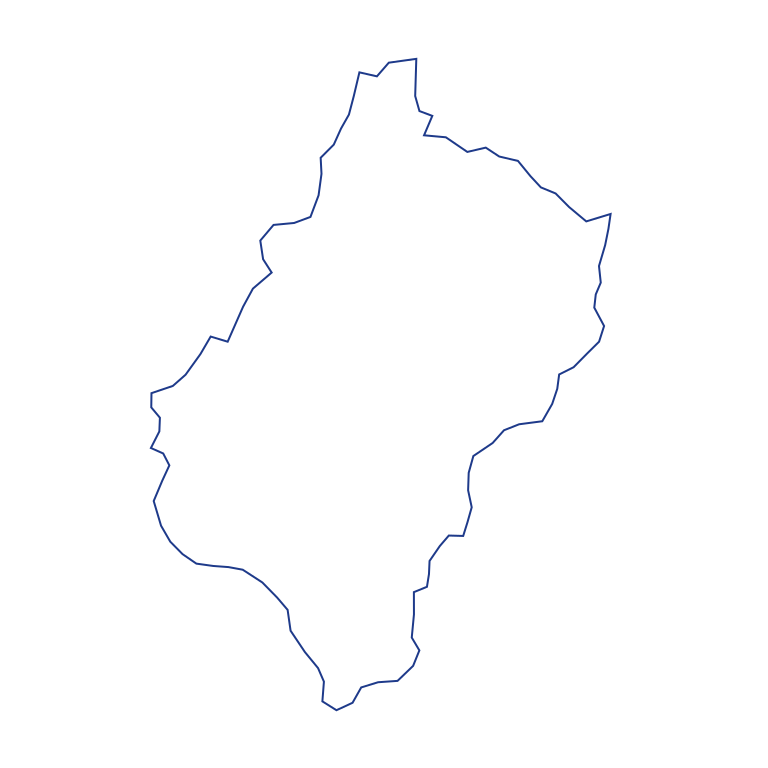 Antônio Prado de Minas, Minas Gerais, Brazil (Mercator projection), rotated 266°
{"feature_id": "56859067B53819795798567", "entity_name": "Antônio Prado de Minas", "entity_type": "district", "adm_level": 2, "iso_a3": "BRA", "parent_name": "Brazil", "parent_adm1": "Minas Gerais", "projection": "mercator", "projection_center": [-42.153, -21.024], "detail": "fine", "context": "isolated", "style": "outline", "palette": "blue", "viewbox_px": 768, "rotation_deg": 266, "n_neighbors": 0, "source": "geoboundaries", "source_scale": "gbopen_adm2", "svg_char_len": 1383}
<svg xmlns="http://www.w3.org/2000/svg" viewBox="0 0 768 768"><g transform="rotate(266 384 384)"><path d="M336.4,147.0L330.1,158.9L317.8,164.2L302.9,156.0L283.3,146.1L258.2,151.7L241.6,159.8L228.3,171.2L217.9,184.3L214.4,200.9L212.2,216.1L208.6,230.1L194.5,248.8L178.4,262.5L165.4,272.1L144.4,273.6L122.1,286.4L105.2,298.4L91.3,303.3L71.7,300.4L61.9,313.8L68.2,330.4L82.9,340.1L86.9,357.3L86.9,376.8L100.8,393.4L115.8,400.7L129.1,394.0L152.0,397.8L174.3,399.3L178.7,412.7L191.2,415.6L204.3,417.1L218.5,428.4L228.3,438.1L226.9,452.4L240.2,457.6L254.9,462.9L272.1,460.5L289.5,462.3L305.9,468.1L317.6,488.3L329.5,500.5L334.4,516.0L335.8,539.3L352.4,550.4L367.1,556.5L381.3,559.4L387.5,574.3L400.1,588.6L411.2,601.5L426.5,607.6L445.5,599.1L458.6,601.5L470.0,607.3L486.7,606.7L507.1,614.3L523.1,618.7L537.8,621.9L532.1,597.1L547.6,581.0L562.1,568.5L569.2,554.2L581.1,544.6L597.2,533.2L602.9,514.8L612.7,502.0L609.7,483.3L625.8,462.9L629.3,441.3L648.1,450.9L653.8,438.4L669.1,435.2L706.1,438.9L704.2,411.2L691.4,398.4L696.6,381.2L673.2,373.9L655.2,367.8L641.9,359.0L626.3,350.6L614.1,336.6L598.0,336.3L576.8,331.9L555.8,322.3L550.9,305.6L550.4,284.9L535.7,270.6L516.9,272.1L503.0,279.7L488.3,259.9L470.9,248.8L437.1,231.0L443.4,214.4L426.7,203.0L407.1,186.7L396.8,173.2L391.1,151.4L376.9,150.2L366.0,158.1L352.4,156.6L336.4,147.0Z" fill="none" stroke="#1e3a8a" stroke-width="2"/></g></svg>